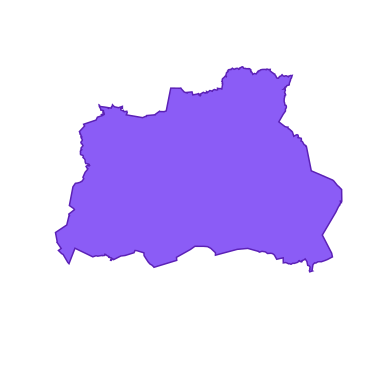 Salvador Escalante, Michoacán, Mexico (Robinson projection), rotated 164°
{"feature_id": "50627088B74968068744186", "entity_name": "Salvador Escalante", "entity_type": "district", "adm_level": 2, "iso_a3": "MEX", "parent_name": "Mexico", "parent_adm1": "Michoacán", "projection": "robinson", "projection_center": [-101.725, 19.39], "detail": "fine", "context": "isolated", "style": "filled", "palette": "violet", "viewbox_px": 384, "rotation_deg": 164, "n_neighbors": 0, "source": "geoboundaries", "source_scale": "gbopen_adm2", "svg_char_len": 5852}
<svg xmlns="http://www.w3.org/2000/svg" viewBox="0 0 384 384"><g transform="rotate(164 192 192)"><path d="M277.5,287.0L277.1,285.0L283.6,281.1L283.3,279.0L283.6,278.9L283.6,278.5L283.3,278.5L283.0,276.3L283.7,275.6L283.5,275.2L283.2,275.5L282.8,275.2L283.5,274.2L283.0,272.5L283.2,271.9L285.1,270.5L285.0,269.0L284.6,268.9L284.0,266.6L286.6,264.8L286.6,264.0L286.3,263.0L286.9,262.7L287.5,262.9L288.0,261.8L288.2,261.6L288.1,260.9L288.5,260.4L288.8,258.7L287.6,257.8L286.7,257.1L286.8,255.7L287.3,255.2L286.3,253.7L286.0,252.5L286.1,251.4L286.4,250.4L286.3,248.7L284.3,247.8L283.2,246.8L283.2,246.6L283.9,246.2L283.3,245.6L283.8,245.4L284.1,245.8L285.1,246.4L286.8,245.8L286.3,243.9L285.7,243.1L286.2,242.5L289.3,240.4L292.8,236.2L292.4,234.5L295.1,232.5L295.5,232.6L297.0,232.2L299.5,232.2L301.7,232.5L305.0,229.8L313.6,212.8L310.3,208.7L309.9,207.4L316.5,204.7L316.4,203.8L316.7,203.3L316.4,202.9L317.1,202.5L321.5,194.8L334.4,190.7L335.3,181.2L335.7,181.0L333.3,173.8L336.5,172.6L334.3,168.7L333.1,167.5L330.8,158.6L330.0,157.0L320.0,170.2L305.2,157.0L301.8,157.2L300.3,156.3L295.9,155.8L295.8,155.5L293.5,155.1L293.1,156.0L292.7,155.6L292.2,155.8L292.0,155.5L292.0,155.3L292.1,155.2L289.5,152.6L289.9,152.1L287.6,150.8L287.0,149.8L288.1,149.2L288.6,149.5L289.1,148.8L288.6,148.5L287.0,149.4L286.0,149.1L285.9,148.6L278.0,150.1L273.8,149.4L264.5,149.6L262.9,151.5L261.0,150.7L255.0,146.8L255.6,144.0L254.4,140.0L253.4,136.8L252.4,134.7L251.9,133.9L251.0,133.2L249.6,130.9L249.3,130.1L225.5,130.5L224.9,133.5L209.3,137.2L204.2,139.0L195.9,136.6L192.1,135.2L189.5,132.7L186.2,127.2L186.9,124.8L164.3,124.4L153.9,122.4L144.5,116.6L143.9,115.7L143.5,115.6L141.1,115.7L137.9,114.2L136.4,112.1L133.2,111.4L131.7,110.7L130.8,109.6L130.2,108.7L129.1,104.0L122.5,103.6L123.8,98.7L121.6,98.4L120.8,98.0L119.9,97.2L119.6,97.0L119.1,96.4L118.2,96.3L116.8,95.3L116.3,95.3L115.2,95.7L114.6,95.7L113.5,95.2L109.6,95.3L108.5,96.3L107.8,96.5L107.5,96.3L107.5,95.5L107.4,95.4L106.7,95.2L106.3,94.7L105.6,94.7L105.4,94.8L105.2,95.7L102.9,95.9L101.7,96.5L100.7,93.6L101.0,89.6L100.4,89.3L99.6,88.5L99.3,87.5L99.4,86.7L99.9,86.0L100.0,85.1L100.7,84.4L100.9,83.9L100.8,82.8L97.9,82.9L98.3,83.3L95.9,88.5L95.4,89.1L94.1,89.8L94.1,89.5L93.9,89.9L92.3,89.6L90.4,90.2L88.7,89.9L86.9,89.3L83.1,89.5L80.3,89.8L74.9,90.9L74.6,94.7L78.6,114.7L59.3,133.0L55.2,137.6L53.6,138.7L53.8,139.0L53.6,139.4L52.9,139.6L52.2,140.4L52.1,140.7L51.3,140.6L51.2,141.4L51.4,141.4L51.9,141.2L52.0,141.3L52.0,141.8L51.9,142.4L50.5,142.0L47.5,153.1L49.5,156.9L50.4,158.1L52.6,163.4L53.5,164.7L71.5,179.5L69.5,204.0L70.0,204.4L69.7,205.1L71.2,206.7L72.0,210.0L72.5,210.7L73.1,211.0L72.3,212.5L72.2,213.5L75.1,215.1L74.5,215.7L74.4,217.4L74.9,217.8L75.1,218.1L75.5,218.2L76.9,218.0L78.8,217.5L78.9,221.9L79.2,222.7L79.5,222.9L79.6,223.4L79.9,223.5L80.3,224.5L81.3,225.9L82.0,226.4L81.9,228.0L82.6,228.0L84.8,229.4L85.0,229.8L89.2,235.5L83.0,241.5L79.9,244.0L79.3,246.0L78.4,246.7L77.8,247.7L77.7,249.3L78.1,249.7L78.6,249.7L78.7,249.8L78.6,251.1L78.4,252.0L78.5,253.2L78.3,254.2L77.6,256.3L76.9,257.5L76.6,258.6L76.1,258.7L76.1,259.3L75.2,259.5L75.3,261.4L75.6,261.6L75.6,261.8L75.5,262.4L74.3,263.9L74.2,264.1L74.3,264.7L74.1,264.9L74.0,265.5L75.3,265.7L73.8,266.3L74.0,266.8L73.2,267.3L72.3,267.1L71.8,267.9L71.4,268.2L69.5,268.1L69.0,268.2L68.4,269.8L66.7,272.0L66.0,273.4L65.0,274.2L63.6,276.4L64.3,276.4L64.9,276.8L66.8,276.7L67.6,276.2L67.8,276.6L68.0,276.5L69.3,277.7L70.6,278.0L71.4,277.7L72.4,278.5L73.1,279.9L75.0,278.8L75.6,279.0L76.4,278.6L77.5,277.6L78.8,277.9L79.0,278.6L79.3,278.9L79.3,280.1L79.8,281.2L80.0,282.7L80.8,283.0L81.1,283.8L81.6,284.2L83.4,286.7L83.5,287.2L83.0,288.3L84.9,288.6L85.3,289.1L86.1,289.5L86.6,289.5L87.1,289.1L87.6,289.6L88.2,289.8L90.6,290.4L91.8,290.5L92.6,290.5L93.2,290.0L94.1,290.2L94.5,289.9L95.2,289.9L95.4,289.3L95.9,289.4L97.7,287.9L98.3,288.1L99.4,288.8L101.1,288.3L101.4,290.3L101.8,291.4L102.3,291.4L102.2,292.7L101.9,292.7L101.7,293.0L102.6,294.6L103.4,295.0L103.8,294.8L105.0,295.4L106.0,295.6L106.5,296.1L106.9,296.1L108.3,296.8L108.6,298.1L108.8,298.1L108.9,298.4L109.8,298.5L110.6,298.2L111.8,298.1L112.2,297.3L113.3,297.1L113.7,298.1L114.9,298.6L115.2,298.5L116.4,298.7L116.6,298.4L117.7,298.3L119.1,299.9L120.7,299.0L120.9,299.3L121.9,299.1L122.5,299.5L123.2,299.4L123.8,299.1L124.1,298.0L124.6,298.2L124.9,297.5L126.0,297.1L126.6,295.9L127.3,294.9L127.1,293.5L127.3,293.3L128.1,294.2L128.3,294.2L129.1,293.6L131.3,292.5L131.7,292.2L132.1,291.2L132.3,290.1L132.8,290.1L132.5,288.8L132.7,287.9L133.1,287.7L132.9,287.1L135.0,282.8L136.3,283.7L137.5,283.9L138.9,284.7L139.3,283.2L140.3,283.2L142.0,284.2L142.3,284.4L144.1,283.9L144.7,283.2L145.1,283.4L145.9,284.2L147.2,284.6L148.0,284.0L148.8,283.7L149.3,283.7L150.1,284.4L150.1,283.3L150.3,283.1L151.1,283.8L152.0,283.4L153.6,284.7L156.7,283.9L157.0,282.6L157.7,282.2L157.9,282.5L158.0,283.8L158.6,283.6L158.7,284.8L160.0,284.7L164.4,285.1L164.4,288.2L169.8,289.2L169.7,288.8L170.5,289.2L171.9,290.2L173.7,293.8L174.1,295.0L175.1,295.1L183.8,297.7L194.4,277.1L196.6,276.9L200.7,278.2L200.9,278.6L206.3,276.6L206.3,276.4L214.6,278.0L215.1,277.3L215.4,277.5L219.0,277.1L233.9,284.3L232.4,286.2L232.4,287.6L235.1,287.9L235.5,289.3L235.9,289.1L236.3,289.3L237.8,290.6L237.5,291.9L237.0,292.0L235.8,291.7L235.3,293.5L239.4,293.3L243.1,295.3L244.4,297.7L245.1,296.4L245.4,296.1L245.7,296.2L245.9,296.0L245.7,295.9L246.6,294.9L248.9,296.0L249.6,294.8L249.1,296.1L252.5,297.7L256.7,299.5L257.0,299.9L257.0,300.9L257.3,301.2L257.5,299.6L256.9,297.2L257.1,295.9L256.0,295.4L254.8,294.7L255.0,294.3L254.8,294.0L255.0,293.3L255.6,293.4L255.7,292.9L255.1,292.8L255.1,292.5L254.5,292.3L255.2,292.3L255.2,292.0L254.8,292.0L254.9,291.3L257.8,291.4L257.8,291.1L255.0,291.0L255.1,290.7L256.5,290.7L256.7,290.2L262.3,290.0L264.4,287.6L277.5,287.0Z" fill="#8b5cf6" stroke="#5b21b6" stroke-width="1.5"/></g></svg>